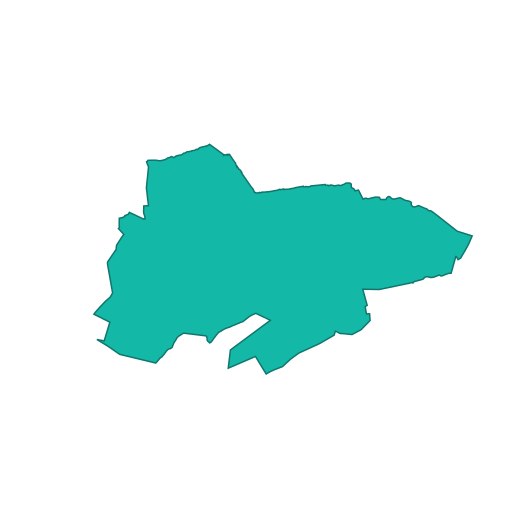 Santa Catarina, Nuevo León, Mexico (Natural Earth projection), rotated 318°
{"feature_id": "50627088B93737583284757", "entity_name": "Santa Catarina", "entity_type": "district", "adm_level": 2, "iso_a3": "MEX", "parent_name": "Mexico", "parent_adm1": "Nuevo León", "projection": "natural_earth1", "projection_center": [-100.468, 25.582], "detail": "fine", "context": "isolated", "style": "filled", "palette": "teal", "viewbox_px": 512, "rotation_deg": 318, "n_neighbors": 0, "source": "geoboundaries", "source_scale": "gbopen_adm2", "svg_char_len": 5937}
<svg xmlns="http://www.w3.org/2000/svg" viewBox="0 0 512 512"><g transform="rotate(318 256 256)"><path d="M174.1,308.7L160.3,320.8L188.4,330.3L187.2,336.6L184.6,350.5L189.0,351.4L193.8,352.9L201.6,355.9L212.8,355.8L222.9,356.8L244.6,363.6L261.1,367.1L264.6,365.0L265.5,366.7L266.5,369.7L269.1,372.3L274.8,378.6L284.7,381.1L297.6,380.3L301.8,374.9L299.3,373.0L303.3,366.6L305.6,367.1L313.1,352.1L325.1,363.3L338.8,371.3L354.7,380.5L354.5,380.8L354.8,381.1L356.3,380.8L363.1,384.3L364.9,385.0L366.9,384.8L368.0,385.1L369.2,385.7L371.5,389.0L372.9,390.0L374.0,390.7L379.5,392.8L380.2,394.8L382.3,395.8L384.4,396.5L387.6,397.8L389.4,399.4L404.1,390.1L404.3,390.4L404.3,390.8L404.4,391.1L404.4,391.4L404.3,391.8L404.0,392.6L403.9,392.9L403.8,393.4L403.7,393.9L406.6,394.5L414.9,391.9L421.8,389.5L430.1,385.7L422.1,372.2L418.0,348.3L416.6,340.9L416.4,340.3L416.1,339.3L414.8,338.0L414.3,336.1L414.5,335.7L414.0,334.5L413.4,333.5L410.8,327.8L410.6,327.4L410.0,327.0L407.6,326.2L406.1,325.2L405.5,324.1L405.5,323.0L405.8,321.4L406.3,321.1L407.1,320.5L407.2,319.2L406.3,317.4L404.6,315.1L403.9,314.1L403.5,312.7L402.1,309.1L396.9,306.2L396.1,305.5L395.3,304.2L395.1,301.6L394.7,300.8L393.8,300.3L391.9,300.3L390.5,301.1L389.2,299.9L386.8,297.8L386.4,297.3L386.5,296.5L386.9,295.3L386.9,294.8L384.3,292.2L380.3,290.0L377.5,288.5L376.5,286.7L375.0,285.7L374.1,285.7L373.6,285.5L373.6,285.2L376.0,276.6L376.1,276.0L376.2,275.5L373.7,274.1L373.2,273.9L373.2,273.5L373.6,272.2L373.6,271.5L373.5,271.1L373.0,269.8L372.9,268.8L374.0,267.2L374.9,266.3L374.5,264.5L373.9,264.0L373.3,263.4L372.2,262.5L371.4,261.9L370.1,261.8L368.1,261.1L365.8,260.2L365.0,258.7L361.3,256.4L360.7,255.7L360.4,255.0L359.2,253.3L358.2,252.9L356.8,252.3L356.7,252.1L356.8,251.8L356.9,251.6L356.3,251.0L355.1,250.0L355.1,249.6L355.3,249.2L354.6,248.7L343.6,240.6L343.1,240.7L342.8,240.5L342.5,240.5L341.7,239.9L340.8,239.2L339.4,237.6L339.2,237.6L338.7,237.5L338.3,237.2L337.6,236.4L337.9,235.9L335.6,234.4L331.4,231.8L329.1,230.7L326.2,228.8L325.2,228.4L324.5,227.9L323.5,226.9L321.7,225.7L321.4,225.4L321.6,224.9L321.5,224.7L318.5,223.1L318.4,222.7L318.4,222.4L317.2,221.8L316.6,221.7L316.0,221.5L315.1,220.9L311.3,218.5L310.0,217.8L309.1,217.2L308.3,216.6L307.0,215.6L304.0,213.4L303.9,213.0L303.3,212.6L303.2,212.6L302.7,212.5L302.6,212.4L302.4,212.3L301.9,212.2L301.6,212.0L301.5,211.7L301.3,211.2L301.2,211.2L299.2,210.1L298.9,209.8L298.2,209.3L298.2,208.8L298.2,208.7L298.0,208.3L297.4,207.8L298.4,205.0L298.6,203.9L298.7,201.2L299.7,193.3L300.1,190.1L300.2,189.2L300.5,187.5L300.7,185.3L300.7,184.7L301.3,184.6L301.8,182.1L301.7,181.8L301.7,181.2L301.5,179.9L301.4,179.9L301.9,177.2L301.7,177.3L301.4,177.4L301.2,177.4L301.5,176.7L301.9,176.1L302.0,174.8L302.5,174.1L302.7,173.7L302.9,173.3L302.9,172.7L303.0,172.0L303.4,168.4L303.6,167.1L303.7,166.5L303.7,166.4L303.8,166.0L303.9,165.1L304.3,162.7L304.0,162.5L303.7,162.5L303.7,162.9L303.4,162.6L303.2,162.1L303.2,161.9L302.9,162.0L302.7,162.0L302.4,162.0L302.2,162.0L302.4,161.3L302.4,161.1L301.9,160.9L301.4,160.7L300.8,160.3L300.7,160.2L300.3,160.0L300.0,159.9L300.1,159.6L299.9,159.5L299.8,159.4L299.6,159.4L299.4,159.4L299.7,159.1L299.7,158.7L298.8,154.4L296.2,141.9L295.3,141.8L293.9,141.5L293.3,141.4L293.0,141.4L292.8,141.1L292.5,140.8L291.8,140.5L291.3,140.4L289.8,139.4L289.6,139.4L287.7,138.3L287.1,138.1L286.4,137.8L285.7,137.8L285.3,137.9L285.0,137.8L284.9,137.7L284.6,137.7L284.3,137.7L283.7,137.7L283.4,137.2L283.2,136.9L282.8,136.7L282.4,136.7L281.8,136.7L281.4,136.5L280.7,136.2L279.6,135.4L278.4,134.7L277.6,134.6L276.8,134.1L274.7,132.6L274.1,132.3L273.5,132.3L272.8,132.1L271.9,131.9L271.0,131.2L268.6,131.1L268.2,131.0L267.7,130.6L267.2,130.2L264.2,128.5L262.6,128.0L261.4,128.1L260.4,127.4L260.4,126.9L260.2,126.4L259.6,125.5L257.8,125.1L256.4,124.2L253.3,123.7L250.5,122.3L248.1,120.8L245.7,117.8L239.9,112.7L239.6,112.6L238.5,113.0L237.8,112.7L237.6,113.1L237.4,113.4L237.2,113.8L237.1,114.1L236.1,116.9L235.8,117.7L235.6,117.9L235.4,118.2L235.0,118.6L233.9,119.5L232.0,121.3L231.0,122.2L227.9,125.0L220.7,131.5L220.2,131.9L219.7,132.6L216.6,137.1L216.1,137.7L216.0,137.8L210.1,146.2L209.7,146.7L206.1,143.7L204.7,145.2L201.9,148.1L201.3,149.0L200.9,149.6L200.6,150.5L199.9,152.0L199.7,152.4L199.2,153.2L198.4,154.2L198.2,154.0L197.8,153.6L197.6,153.5L197.4,153.5L197.2,153.4L191.1,138.9L190.8,139.1L190.6,139.2L190.3,139.1L190.1,139.1L189.9,139.1L189.6,139.2L189.4,139.4L188.7,139.5L185.6,138.2L184.6,138.9L184.2,138.7L183.2,138.2L183.0,138.3L182.7,138.2L182.6,138.3L181.7,137.6L181.5,137.4L181.4,137.3L180.9,137.3L180.5,137.1L180.0,136.6L179.7,136.4L174.2,142.4L174.2,142.6L174.1,142.8L173.9,143.0L173.6,143.2L173.1,143.4L172.6,143.6L172.3,143.6L172.1,143.6L172.2,151.5L171.9,151.5L170.5,151.8L168.0,152.4L166.6,152.8L164.3,153.4L160.3,154.5L159.6,154.7L159.4,154.9L159.1,155.1L158.1,156.0L157.0,157.0L156.3,157.6L156.0,157.7L155.5,157.9L155.3,158.0L155.2,157.8L141.8,161.1L140.4,162.4L124.7,187.5L120.2,189.0L113.9,188.9L106.1,189.5L99.0,190.3L96.6,190.8L103.1,207.4L86.4,217.5L81.9,211.6L85.5,223.6L88.9,237.9L109.9,268.5L112.9,268.2L114.8,267.9L116.5,267.6L116.8,267.8L117.5,267.8L118.4,268.0L119.1,267.9L119.6,267.7L120.9,267.7L122.6,267.4L125.7,266.7L128.3,266.6L129.3,266.8L130.1,267.5L131.3,267.7L132.4,267.8L133.5,267.3L134.3,266.9L135.8,266.1L137.5,265.4L139.3,265.0L141.2,264.4L142.5,263.9L144.9,263.8L145.9,264.1L148.3,264.4L150.6,264.9L165.4,281.9L165.3,283.0L164.9,283.9L164.5,284.6L163.9,285.3L163.3,286.0L163.2,287.0L163.3,288.1L163.4,289.6L164.7,289.9L165.4,289.9L166.7,289.6L167.8,289.4L169.3,289.0L170.6,288.8L172.3,288.5L174.3,288.1L175.6,288.0L176.5,287.8L177.9,287.9L179.0,288.2L179.6,288.4L181.3,288.6L182.6,288.9L184.3,289.3L186.2,290.0L187.7,290.7L189.6,291.5L190.9,291.8L192.5,292.3L194.6,293.2L196.5,293.7L198.3,294.5L200.4,295.1L202.3,296.0L210.5,296.5L213.4,297.1L217.5,298.5L223.7,313.4L174.1,308.7Z" fill="#14b8a6" stroke="#0f766e" stroke-width="1.5"/></g></svg>